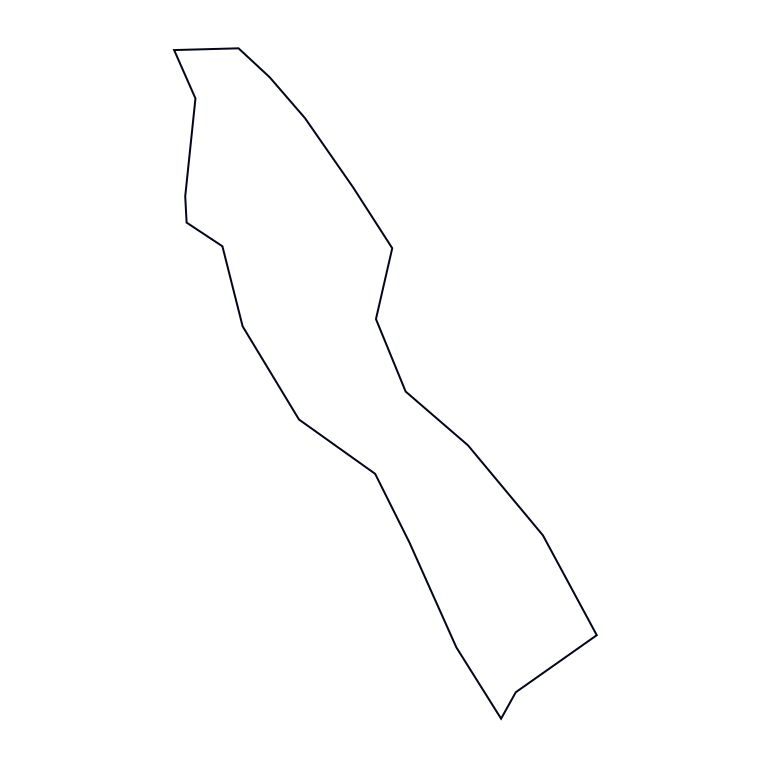 an SVG outline of Butambala, rotated 272°
{"feature_id": "UGA-5599", "entity_name": "Butambala", "entity_type": "District", "adm_level": 1, "iso_a3": "UGA", "parent_name": "Uganda", "parent_adm1": "", "projection": "natural_earth1", "projection_center": [32.064, 0.13], "detail": "fine", "context": "isolated", "style": "outline", "palette": "ink", "viewbox_px": 768, "rotation_deg": 272, "n_neighbors": 0, "source": "natural_earth", "source_scale": "10m", "svg_char_len": 440}
<svg xmlns="http://www.w3.org/2000/svg" viewBox="0 0 768 768"><g transform="rotate(272 384 384)"><path d="M662.8,185.6L710.4,162.6L714.4,226.9L686.6,259.0L647.0,295.7L579.5,346.2L520.0,387.5L448.6,373.7L377.2,405.9L325.6,470.1L238.3,548.1L140.4,605.4L80.6,526.5L53.6,512.7L123.3,465.5L226.4,415.0L293.9,378.3L345.5,300.3L436.7,240.7L516.0,217.7L538.4,181.1L564.6,178.8L662.8,185.6Z" fill="none" stroke="#020617" stroke-width="2"/></g></svg>